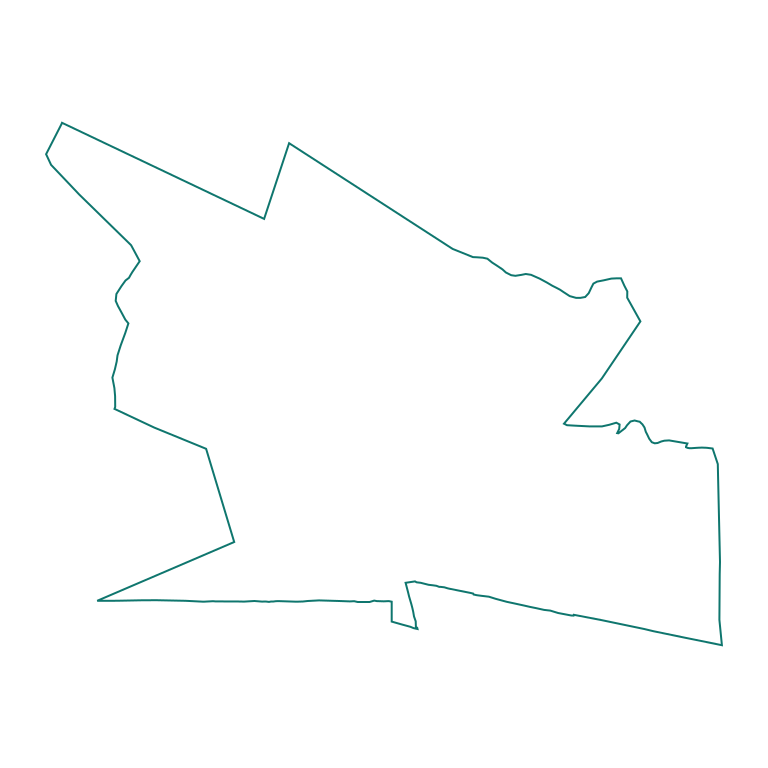 San Pedro Apóstol, Oaxaca, Mexico (Albers equal-area conic projection)
{"feature_id": "50627088B6565378180513", "entity_name": "San Pedro Apóstol", "entity_type": "district", "adm_level": 2, "iso_a3": "MEX", "parent_name": "Mexico", "parent_adm1": "Oaxaca", "projection": "albers", "projection_center": [-96.731, 16.743], "detail": "fine", "context": "isolated", "style": "outline", "palette": "teal", "viewbox_px": 768, "rotation_deg": 0, "n_neighbors": 0, "source": "geoboundaries", "source_scale": "gbopen_adm2", "svg_char_len": 2616}
<svg xmlns="http://www.w3.org/2000/svg" viewBox="0 0 768 768"><path d="M470.8,593.0L472.4,593.4L473.2,593.6L473.6,594.5L476.8,595.2L481.3,595.8L488.9,596.7L495.6,598.8L506.7,601.8L514.2,603.4L524.3,605.6L530.0,606.9L536.4,608.2L544.1,609.9L550.3,610.6L558.1,613.0L571.3,615.5L573.6,615.6L573.8,614.8L601.5,620.1L644.2,629.0L653.4,631.2L684.9,637.7L721.9,645.2L719.4,619.8L719.7,574.4L720.0,562.0L718.1,478.0L717.8,464.1L712.6,448.5L706.8,447.8L701.9,447.6L699.5,447.7L697.2,447.8L691.5,448.2L689.4,448.2L687.6,447.9L686.0,447.2L686.0,446.6L687.4,443.5L682.1,442.6L669.1,440.4L664.3,440.7L661.2,441.5L657.6,443.0L654.7,443.3L651.8,442.2L649.2,438.7L647.1,434.3L645.8,431.8L644.5,427.5L642.4,424.3L641.3,423.3L639.7,421.7L638.5,421.5L636.5,421.0L634.6,420.5L630.5,421.5L627.0,425.3L625.1,428.1L618.4,433.3L617.2,433.1L619.2,429.0L619.6,424.5L616.3,422.7L609.2,424.8L602.0,426.4L600.7,426.4L589.5,426.4L575.6,425.7L567.0,425.2L564.0,423.7L601.8,378.5L640.4,321.4L627.2,297.7L627.3,291.4L624.4,285.8L621.0,278.3L617.2,278.3L611.3,278.6L603.8,280.3L597.1,281.6L593.4,283.6L591.4,287.5L589.9,290.7L588.7,293.2L585.2,297.0L580.2,297.9L576.2,297.9L569.7,296.1L564.8,292.9L564.0,292.4L560.0,289.7L556.2,287.7L552.4,285.8L547.0,282.6L539.6,278.6L531.0,274.8L525.8,274.0L521.2,274.9L515.4,275.8L511.2,275.2L505.9,272.5L502.5,269.4L496.4,265.3L492.2,262.6L487.4,258.7L482.8,257.7L477.1,257.3L472.9,257.1L452.6,248.9L289.1,143.2L285.8,153.2L264.1,218.9L62.0,122.8L61.4,124.3L46.1,154.2L51.1,164.9L65.0,179.5L79.1,194.4L131.1,245.2L133.1,248.9L139.7,261.2L132.3,272.1L130.6,274.9L129.0,277.8L125.5,280.5L121.4,286.2L116.4,294.0L115.7,300.9L118.0,306.1L121.4,312.3L125.3,319.6L128.4,323.4L125.2,333.2L120.7,345.4L117.5,355.4L116.7,361.5L114.9,369.3L112.4,377.6L114.4,388.1L115.1,396.2L115.2,406.9L114.5,408.9L154.3,427.6L206.1,448.8L234.2,542.0L97.2,600.8L112.6,600.8L120.1,600.7L140.7,600.3L156.1,600.2L185.5,600.8L203.5,601.7L213.0,601.2L215.5,601.4L238.8,601.5L244.1,601.6L254.4,601.0L262.0,601.6L265.7,601.5L269.0,601.9L271.2,601.5L273.5,601.5L275.8,601.2L278.3,601.1L296.5,601.7L303.0,601.5L307.7,601.0L319.0,600.4L339.2,601.0L349.9,601.4L354.2,601.2L357.7,602.0L369.6,602.0L374.2,600.6L376.8,601.1L383.2,601.3L384.3,601.3L388.8,601.1L391.7,601.7L391.7,621.6L402.3,624.6L410.4,626.8L413.5,628.1L417.5,629.0L417.2,627.8L415.9,626.8L415.7,621.3L414.0,616.4L413.2,611.7L412.3,607.8L411.3,604.0L409.1,596.5L408.0,592.0L405.6,582.8L415.0,581.4L416.6,582.3L420.7,582.8L428.6,584.8L432.9,585.3L436.4,585.8L439.3,586.9L440.8,586.9L444.3,587.3L447.6,588.3L449.3,588.7L470.8,593.0Z" fill="none" stroke="#0f766e" stroke-width="2"/></svg>